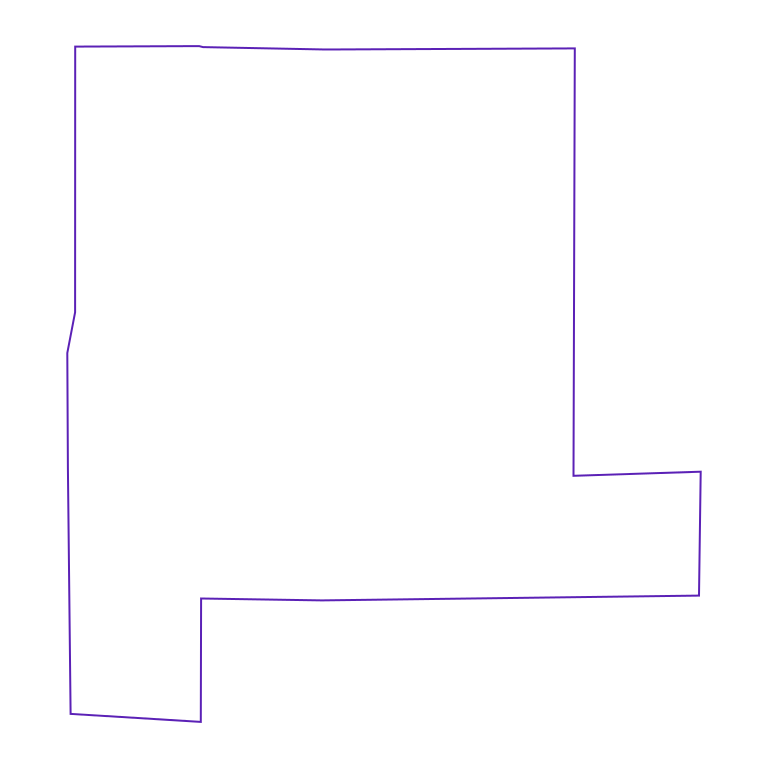 outline of Fayette, Illinois, United States of America
{"feature_id": "52423323B95839932442393", "entity_name": "Fayette", "entity_type": "district", "adm_level": 2, "iso_a3": "USA", "parent_name": "United States of America", "parent_adm1": "Illinois", "projection": "natural_earth1", "projection_center": [-89.043, 38.977], "detail": "fine", "context": "isolated", "style": "outline", "palette": "violet", "viewbox_px": 768, "rotation_deg": 0, "n_neighbors": 0, "source": "geoboundaries", "source_scale": "gbopen_adm2", "svg_char_len": 308}
<svg xmlns="http://www.w3.org/2000/svg" viewBox="0 0 768 768"><path d="M574.8,48.4L325.5,49.5L203.0,47.1L199.1,46.1L75.2,46.6L75.1,312.3L67.3,353.0L67.9,467.7L70.6,713.9L200.8,721.9L201.1,598.5L322.0,600.4L699.0,595.6L700.7,471.7L573.5,475.8L574.8,48.4Z" fill="none" stroke="#5b21b6" stroke-width="2"/></svg>